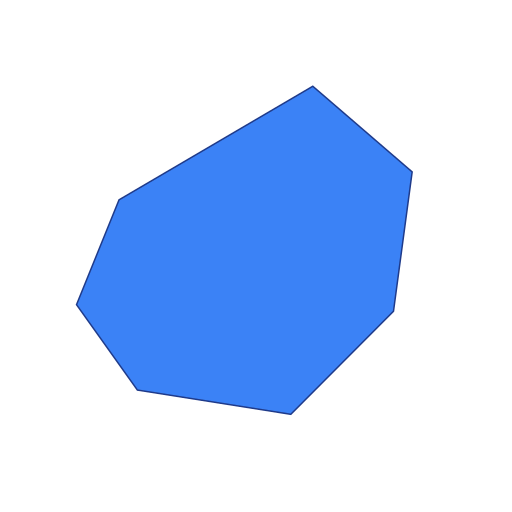 Nauru, Mercator projection, rotated 210°
{"feature_id": "NRU", "entity_name": "Nauru", "entity_type": "country or territory", "adm_level": 0, "iso_a3": "NRU", "parent_name": "Oceania", "parent_adm1": "", "projection": "mercator", "projection_center": [166.936, -0.52], "detail": "fine", "context": "isolated", "style": "filled", "palette": "blue", "viewbox_px": 512, "rotation_deg": 210, "n_neighbors": 0, "source": "natural_earth", "source_scale": "50m", "svg_char_len": 266}
<svg xmlns="http://www.w3.org/2000/svg" viewBox="0 0 512 512"><g transform="rotate(210 256 256)"><path d="M402.7,236.2L291.7,431.4L162.8,406.9L109.3,276.9L146.7,136.3L291.7,80.6L387.1,124.1L402.7,236.2Z" fill="#3b82f6" stroke="#1e3a8a" stroke-width="1.5"/></g></svg>